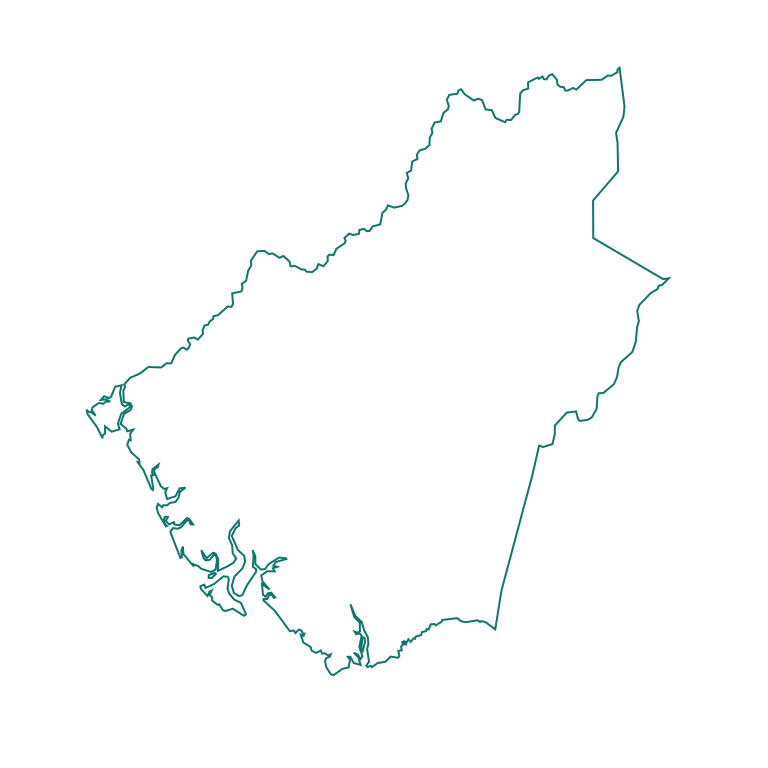 Machanga, Sofala, Mozambique, rotated 171°
{"feature_id": "85939544B66501899539367", "entity_name": "Machanga", "entity_type": "district", "adm_level": 2, "iso_a3": "MOZ", "parent_name": "Mozambique", "parent_adm1": "Sofala", "projection": "equal_earth", "projection_center": [34.711, -20.915], "detail": "fine", "context": "isolated", "style": "outline", "palette": "teal", "viewbox_px": 768, "rotation_deg": 171, "n_neighbors": 0, "source": "geoboundaries", "source_scale": "gbopen_adm2", "svg_char_len": 6165}
<svg xmlns="http://www.w3.org/2000/svg" viewBox="0 0 768 768"><g transform="rotate(171 384 384)"><path d="M312.5,124.3L300.3,161.6L252.1,269.9L240.4,298.9L236.9,296.9L227.0,298.3L223.2,307.7L221.7,316.3L207.9,327.2L198.6,326.8L197.8,318.9L196.4,316.9L188.7,316.7L184.1,318.4L177.9,326.1L175.0,338.8L173.3,341.3L168.8,340.8L157.0,347.8L152.8,354.3L149.7,363.6L146.6,368.5L133.7,376.8L128.7,386.4L125.2,400.2L122.4,406.3L122.5,416.5L119.4,422.2L106.0,432.3L99.4,434.7L97.0,438.1L93.9,438.3L86.2,443.8L92.0,444.0L154.5,495.4L148.8,532.5L119.5,557.4L115.6,585.5L115.5,595.8L105.8,610.3L103.0,620.7L101.9,659.5L104.3,657.9L104.7,655.4L111.5,652.9L114.9,653.6L121.4,650.4L136.6,652.5L148.0,644.7L151.0,646.8L156.6,645.0L159.3,645.7L159.8,648.9L163.5,650.1L165.8,652.6L165.7,657.6L169.4,663.7L173.1,662.6L175.9,659.5L178.4,660.1L179.3,662.9L183.3,661.2L184.1,662.6L186.4,662.1L194.6,659.3L195.3,653.2L201.0,652.3L204.1,649.4L207.9,631.6L209.5,629.6L212.3,629.4L217.4,624.8L221.5,625.8L223.5,623.6L232.4,629.4L234.7,637.6L240.7,639.3L242.8,649.1L246.2,651.0L251.1,650.0L258.9,657.5L261.7,663.0L264.5,662.3L266.1,659.2L274.2,659.4L277.5,654.9L276.5,648.4L278.1,645.1L282.8,642.5L286.8,634.5L293.0,634.4L297.1,628.6L296.9,624.4L300.3,620.2L301.7,612.9L306.4,609.9L312.5,609.1L315.7,605.3L315.8,601.0L321.3,599.3L323.9,590.5L328.5,589.0L327.9,583.3L331.2,578.8L331.6,573.7L330.4,566.7L332.0,562.0L335.3,558.8L338.3,557.1L346.5,556.6L352.1,559.8L354.9,555.7L358.7,553.4L362.7,542.3L370.6,541.4L374.3,537.4L377.2,537.7L379.5,540.4L384.2,540.0L385.2,536.3L391.4,536.0L394.8,538.0L400.3,534.3L399.4,531.5L400.8,529.2L409.7,525.1L413.7,519.3L417.6,520.3L419.7,518.9L420.3,514.3L425.3,509.8L430.1,512.7L432.3,508.6L437.5,505.7L443.0,507.1L444.5,509.5L447.4,509.9L453.4,514.5L457.8,514.8L458.2,519.8L463.4,526.2L467.5,525.0L473.6,530.4L477.4,530.4L481.2,534.1L488.4,534.9L496.0,526.8L496.6,521.7L500.4,517.3L504.0,507.6L508.9,505.1L508.7,500.7L510.5,497.7L519.8,497.3L520.6,486.7L522.5,484.1L526.3,485.0L537.4,477.8L541.7,477.8L542.7,474.9L546.5,473.0L548.3,470.2L552.0,469.9L554.7,465.6L555.0,461.8L561.0,456.9L563.9,459.6L570.3,459.4L571.0,457.5L569.3,453.7L571.0,450.6L573.2,448.7L576.7,451.4L579.2,450.8L585.9,445.4L590.9,437.7L595.6,438.5L601.3,435.2L614.1,437.6L624.0,432.3L633.6,430.0L640.7,424.1L640.1,421.8L642.5,418.2L643.8,406.8L637.6,404.7L636.5,401.4L638.3,397.9L645.4,395.2L650.4,385.9L645.3,379.9L645.0,377.5L638.9,378.2L642.5,374.5L643.1,368.0L644.7,368.7L647.1,364.1L644.3,356.0L637.7,347.8L637.8,344.6L639.4,345.2L635.1,336.7L630.2,316.9L628.8,315.5L628.2,317.0L628.3,330.0L626.1,330.0L627.0,332.9L626.0,336.1L619.3,339.7L620.4,337.4L623.8,336.1L624.8,333.1L620.4,317.9L617.4,314.6L614.6,315.0L617.0,311.5L616.3,304.3L607.6,305.7L602.2,312.9L596.2,312.7L602.3,309.6L605.0,303.5L608.5,300.1L614.0,300.0L617.3,298.1L620.9,298.8L622.5,297.0L626.0,300.9L627.9,297.7L627.2,291.7L621.8,277.6L620.7,277.7L622.5,280.6L622.7,284.4L621.4,286.8L619.7,286.9L618.2,286.3L620.9,283.2L618.4,278.9L613.2,280.4L613.2,278.1L608.2,276.4L599.6,282.5L597.3,281.0L594.5,275.1L596.9,275.6L597.6,279.0L599.7,280.4L606.5,274.4L610.1,273.3L614.8,274.7L618.2,271.4L612.3,244.1L610.7,244.5L610.2,251.0L608.0,254.9L608.7,247.3L600.4,233.5L600.8,236.0L595.9,233.2L593.3,230.0L584.2,225.4L579.3,227.1L576.4,236.5L576.8,240.7L578.6,242.0L583.6,237.6L587.7,237.7L589.4,240.1L590.5,248.5L586.5,239.7L579.2,244.1L576.8,242.8L575.1,236.8L577.3,225.4L566.4,228.6L560.2,231.3L557.3,234.9L559.9,240.5L559.2,248.6L561.3,256.3L559.2,262.6L548.9,271.9L549.1,267.0L553.2,264.7L558.1,257.8L554.4,243.1L548.9,236.0L549.0,230.2L552.6,224.1L561.8,217.2L565.9,208.5L565.0,201.2L560.6,197.3L557.1,197.5L550.6,206.9L539.6,218.7L539.4,221.1L542.1,224.1L539.6,235.2L539.8,240.6L538.0,234.1L539.2,226.3L534.7,220.0L530.3,219.9L526.4,224.0L514.8,229.0L508.3,227.3L507.9,226.4L518.7,225.1L521.7,221.9L518.0,220.1L522.7,219.5L521.3,216.0L528.5,217.3L535.2,214.2L534.9,208.2L529.2,198.8L535.8,205.6L536.5,194.8L534.2,192.4L531.3,195.5L528.1,195.6L524.9,190.3L526.3,189.9L527.5,192.8L529.9,194.0L532.9,189.9L536.6,190.5L536.9,189.2L527.3,177.1L515.7,154.6L511.6,154.6L510.4,151.9L506.5,154.8L504.2,153.5L503.0,150.1L501.7,149.9L502.8,147.7L505.5,149.5L504.1,141.3L497.6,135.7L497.2,131.9L493.0,129.0L488.2,130.7L487.3,127.4L484.6,127.2L481.5,124.6L478.9,125.3L480.1,123.2L484.2,122.1L485.5,119.7L485.4,113.7L482.1,105.9L479.3,104.3L469.6,109.2L463.3,109.6L460.7,116.9L462.4,120.2L459.9,119.9L457.6,113.2L451.0,110.2L452.2,118.3L455.9,123.3L452.1,120.8L450.0,116.1L447.9,118.3L449.5,128.3L445.4,138.9L447.3,141.5L450.6,141.1L451.7,144.0L449.5,142.6L446.5,143.3L445.2,152.0L449.9,158.7L451.6,171.7L448.6,159.5L443.2,152.2L442.2,144.0L439.6,136.4L440.1,129.8L442.2,124.8L442.2,112.0L445.6,108.7L444.5,107.0L441.1,107.7L440.3,106.3L433.9,109.4L426.1,109.4L420.1,113.7L412.9,111.4L411.3,113.1L411.7,118.0L408.2,118.3L408.1,122.1L406.2,123.5L406.4,126.2L405.1,126.4L405.0,124.2L403.1,123.2L402.5,124.5L403.9,124.6L403.9,126.5L402.2,125.2L399.9,128.0L397.9,125.1L394.6,128.2L393.3,127.5L392.3,129.5L386.6,130.2L385.4,133.0L381.1,133.4L380.2,135.3L378.4,134.5L375.4,139.3L371.6,139.1L370.7,137.5L364.5,140.0L363.4,141.8L348.4,141.3L344.6,137.4L340.7,136.0L328.3,135.9L326.2,133.8L324.9,134.6L321.1,133.0L312.5,124.3ZM674.1,386.1L670.4,374.3L670.2,377.1L667.2,378.8L666.2,385.8L660.4,379.5L652.2,380.6L653.0,386.5L648.3,395.6L638.2,401.1L638.7,404.1L643.5,402.3L646.1,405.0L646.2,416.8L643.3,423.8L649.9,423.4L655.6,414.0L657.9,413.1L662.3,415.8L666.1,412.5L661.0,412.4L657.2,409.5L661.6,410.2L664.2,408.4L668.8,409.8L675.6,406.5L676.7,404.1L673.7,397.8L677.3,401.9L680.5,402.8L681.8,405.3L681.4,400.4L674.1,386.1ZM568.5,185.7L558.4,176.9L556.3,178.1L559.5,190.2L565.7,194.5L569.7,201.2L570.6,206.3L567.8,215.5L568.5,218.1L572.7,219.1L583.1,213.0L592.2,210.5L592.9,213.9L597.0,212.9L596.9,210.1L591.5,202.2L588.9,206.2L586.5,207.0L589.2,202.8L587.1,200.2L587.6,196.9L582.7,191.8L581.3,192.2L578.4,185.8L576.2,184.6L568.5,185.7ZM444.7,137.3L447.8,126.6L446.7,123.7L443.1,132.1L442.9,136.2L444.7,137.3ZM580.7,223.9L587.0,222.6L587.5,219.8L584.4,219.4L579.8,222.8L580.7,223.9Z" fill="none" stroke="#0f766e" stroke-width="2"/></g></svg>